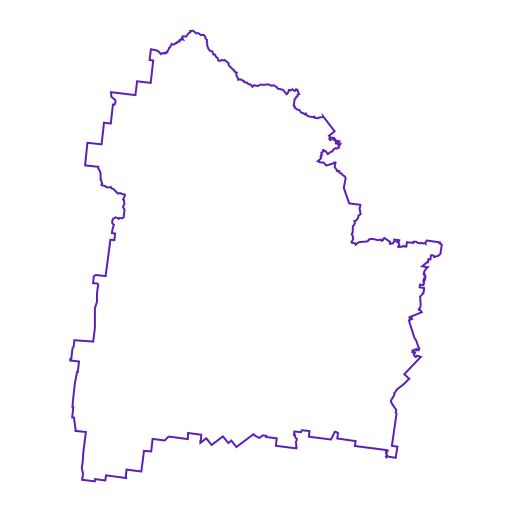 the district of Maranoa, Queensland, Australia
{"feature_id": "25037944B80919931419893", "entity_name": "Maranoa", "entity_type": "district", "adm_level": 2, "iso_a3": "AUS", "parent_name": "Australia", "parent_adm1": "Queensland", "projection": "albers", "projection_center": [148.678, -26.394], "detail": "fine", "context": "isolated", "style": "outline", "palette": "violet", "viewbox_px": 512, "rotation_deg": 0, "n_neighbors": 0, "source": "geoboundaries", "source_scale": "gbopen_adm2", "svg_char_len": 5972}
<svg xmlns="http://www.w3.org/2000/svg" viewBox="0 0 512 512"><path d="M395.7,457.8L397.4,446.7L391.9,445.8L396.5,413.9L395.7,412.7L396.2,409.9L392.3,404.2L390.9,401.5L391.1,400.3L394.4,394.8L394.1,393.3L394.9,392.6L397.0,389.4L403.7,384.2L409.2,378.8L404.3,374.2L420.7,357.0L419.9,356.9L419.5,356.3L416.8,355.8L415.8,357.0L414.4,356.0L414.4,355.1L413.7,354.1L414.7,353.3L415.1,352.3L414.3,352.1L414.0,353.0L413.4,351.9L412.3,352.0L412.5,350.5L416.5,349.0L416.9,349.4L416.4,349.6L416.5,350.1L418.7,350.3L419.3,348.1L418.5,347.3L416.2,340.6L414.3,337.5L408.9,320.4L412.1,318.9L411.5,318.1L410.8,318.4L410.0,317.2L409.5,317.6L409.4,317.3L421.7,312.2L420.4,310.2L418.9,309.9L418.9,309.0L420.3,307.3L420.7,305.2L420.1,296.6L422.9,293.6L423.0,293.0L423.5,292.9L424.2,288.1L419.6,287.3L420.0,284.6L423.5,285.1L424.1,281.5L423.4,281.4L423.8,279.1L425.0,279.5L425.5,276.6L424.5,276.4L424.8,274.3L423.7,274.1L424.3,271.4L426.0,268.8L427.8,267.2L422.2,266.3L427.2,262.1L428.0,262.3L428.4,259.2L430.4,259.5L431.0,255.3L432.0,255.1L433.8,255.8L434.0,257.0L438.2,255.9L440.4,253.9L441.8,244.6L439.5,243.3L439.9,242.4L426.8,240.5L425.4,242.6L425.5,243.7L425.0,243.3L423.6,243.5L421.2,242.8L420.9,243.2L419.6,243.3L417.5,242.8L416.8,241.9L414.1,241.6L412.9,242.2L413.0,242.9L406.9,242.2L406.4,246.5L404.3,246.5L403.8,245.8L401.9,246.7L398.3,247.0L398.1,246.5L399.3,245.0L398.8,242.9L396.9,241.9L399.2,240.8L399.3,240.2L394.2,239.6L394.4,241.0L392.9,243.3L389.9,243.8L390.1,242.0L384.4,238.0L383.4,238.8L383.0,240.2L381.4,240.8L380.8,239.6L377.7,240.2L374.4,239.2L370.7,238.9L368.7,239.7L368.5,240.5L367.4,241.4L359.9,242.0L358.5,242.4L355.6,244.7L355.1,243.4L351.8,242.7L351.4,242.2L353.2,239.1L352.6,235.5L351.6,234.2L352.7,232.3L352.9,226.1L354.0,225.1L354.9,223.1L354.4,221.1L355.6,220.9L357.5,218.9L358.2,217.5L358.3,215.9L360.6,214.1L359.5,208.1L360.1,207.1L360.3,204.8L349.2,203.4L343.8,187.9L345.7,177.9L344.8,176.4L342.6,175.0L341.4,173.4L340.4,173.4L338.6,171.4L337.9,171.2L338.5,170.9L337.2,170.5L335.1,167.7L334.7,166.9L335.5,162.5L334.4,162.4L332.9,163.6L326.1,165.5L323.9,162.7L319.4,162.2L319.2,161.2L318.0,161.1L321.1,158.2L320.6,156.4L321.8,155.5L321.2,154.7L321.8,153.5L321.4,152.7L323.2,151.4L323.1,150.0L323.6,150.0L324.5,151.1L325.6,151.1L327.8,154.1L330.8,151.8L332.5,151.4L333.5,149.5L335.6,148.1L336.7,148.6L338.9,147.6L338.5,147.3L338.6,146.5L340.1,144.3L338.2,144.7L337.9,143.5L339.4,142.1L339.6,141.5L337.5,140.9L336.8,142.7L336.0,143.5L335.7,143.2L336.4,141.7L333.0,139.1L333.3,138.7L334.8,139.0L334.0,137.9L330.3,137.5L330.0,138.1L330.7,139.9L330.1,140.0L329.4,139.3L329.7,136.0L329.2,135.6L334.6,131.3L323.1,116.3L323.2,117.0L318.9,117.5L318.0,118.3L314.9,117.9L314.3,116.6L313.1,117.2L309.0,116.4L306.6,115.3L306.0,113.6L305.2,113.6L304.7,114.3L303.4,113.3L301.3,112.7L299.4,110.1L297.1,109.5L294.6,107.6L294.8,106.5L293.7,105.6L294.7,99.0L295.6,98.3L296.4,96.8L297.5,96.2L297.6,94.9L299.1,94.2L297.2,89.6L296.0,89.4L295.7,90.5L294.8,90.9L292.3,89.3L291.1,90.4L288.9,90.0L288.2,92.5L286.6,94.3L283.5,90.3L282.2,89.6L277.7,88.6L276.7,87.1L273.5,85.2L271.6,85.8L268.6,84.4L263.3,84.8L260.6,84.6L257.7,86.0L254.0,85.2L252.5,86.8L250.3,84.3L248.5,84.3L247.1,82.7L244.4,82.2L243.8,80.8L242.3,80.5L240.9,79.4L238.1,79.7L238.2,78.5L236.8,76.5L236.4,75.2L236.2,74.2L236.8,72.6L234.9,71.8L234.1,70.9L234.2,70.3L233.1,69.7L229.5,66.1L228.7,65.2L228.5,63.1L224.6,60.0L223.7,60.4L221.3,60.0L220.5,60.8L218.5,60.7L217.4,57.8L216.2,57.1L214.9,54.5L213.3,54.5L212.5,51.6L209.8,50.7L208.2,48.3L207.1,45.1L207.3,43.3L206.6,42.0L207.1,40.1L205.5,38.4L205.3,37.1L204.3,35.4L202.8,34.8L200.8,35.1L198.3,33.1L196.1,33.4L193.1,30.7L190.3,31.0L190.6,31.8L188.1,33.8L186.3,36.5L182.6,36.3L182.1,37.4L183.1,39.5L181.6,38.9L180.9,39.9L180.5,39.5L179.4,40.4L179.5,41.5L178.1,41.6L177.0,42.3L177.0,42.9L175.2,43.3L174.4,44.4L172.2,44.5L171.7,44.0L170.0,47.4L169.0,48.0L168.7,49.5L167.3,51.3L167.3,52.4L165.8,52.5L166.0,52.8L165.3,53.5L163.2,53.0L162.8,53.5L161.7,53.4L160.8,54.1L159.0,51.9L156.4,50.3L150.9,49.3L149.6,60.0L153.2,60.5L150.7,82.9L137.1,81.3L135.4,95.1L111.0,92.2L111.4,96.9L115.2,99.9L115.6,101.6L114.5,104.7L112.9,104.6L110.8,123.5L104.0,122.7L101.6,144.3L87.4,142.8L85.1,165.4L98.3,166.8L98.1,168.2L99.5,170.3L100.6,173.3L100.6,179.4L101.2,179.8L101.0,180.5L102.1,183.4L101.5,184.4L101.5,185.2L105.4,186.1L105.8,186.9L108.5,187.5L110.9,187.0L111.5,188.3L113.5,189.0L117.3,193.1L118.4,193.6L119.0,193.2L120.7,193.2L121.7,193.9L124.8,194.6L124.6,196.3L123.1,199.5L123.9,200.1L124.4,204.2L123.1,206.3L123.0,207.1L124.5,209.6L123.6,217.4L122.2,218.3L119.7,218.0L118.7,218.9L117.8,218.1L115.4,217.4L113.0,218.9L112.3,220.7L112.3,223.3L113.9,224.8L112.4,229.6L111.9,233.1L115.1,233.5L114.3,240.2L110.4,239.7L105.6,276.1L95.8,275.0L93.8,276.3L93.1,283.1L97.4,283.6L97.9,284.1L98.3,286.2L97.7,287.3L97.0,293.7L97.0,301.7L94.9,308.3L94.9,327.8L93.2,341.6L74.4,340.2L73.6,346.8L72.5,348.4L71.2,359.2L70.3,359.1L70.2,360.5L79.0,361.5L77.8,372.1L77.1,372.0L74.9,383.1L72.9,401.1L72.5,407.1L73.3,407.2L72.2,417.4L73.9,417.5L75.6,429.5L75.4,430.9L85.9,432.0L83.3,452.6L82.9,459.8L81.8,468.2L83.1,474.0L82.1,479.8L94.8,481.3L95.1,479.1L105.3,480.5L106.0,475.4L126.1,478.0L125.9,475.9L126.5,469.6L141.3,471.5L144.0,450.9L151.2,451.4L152.6,438.9L164.7,440.5L167.9,437.2L169.1,436.6L187.8,439.1L188.0,433.0L201.2,434.7L201.0,439.4L200.4,440.7L200.4,442.9L206.3,438.3L211.6,445.0L222.9,436.4L228.3,443.0L231.3,440.6L236.4,447.0L253.5,434.2L255.0,435.7L259.4,437.9L262.7,435.4L266.1,435.8L266.1,437.0L276.7,438.3L275.9,445.8L296.3,448.4L296.7,447.9L296.1,447.1L296.4,445.3L295.8,442.3L296.9,439.6L296.7,438.7L295.7,437.9L295.0,436.7L294.8,434.8L293.9,434.8L294.4,431.5L300.9,432.2L302.0,430.2L309.5,431.1L308.9,436.7L331.0,439.5L334.8,431.8L336.1,432.0L338.0,433.0L337.3,438.5L355.6,441.1L354.9,446.0L386.8,450.1L387.3,450.4L386.5,450.7L386.0,451.6L386.9,452.2L386.0,453.3L387.1,455.0L385.9,456.5L386.3,457.2L386.8,456.4L395.7,457.8Z" fill="none" stroke="#5b21b6" stroke-width="2"/></svg>